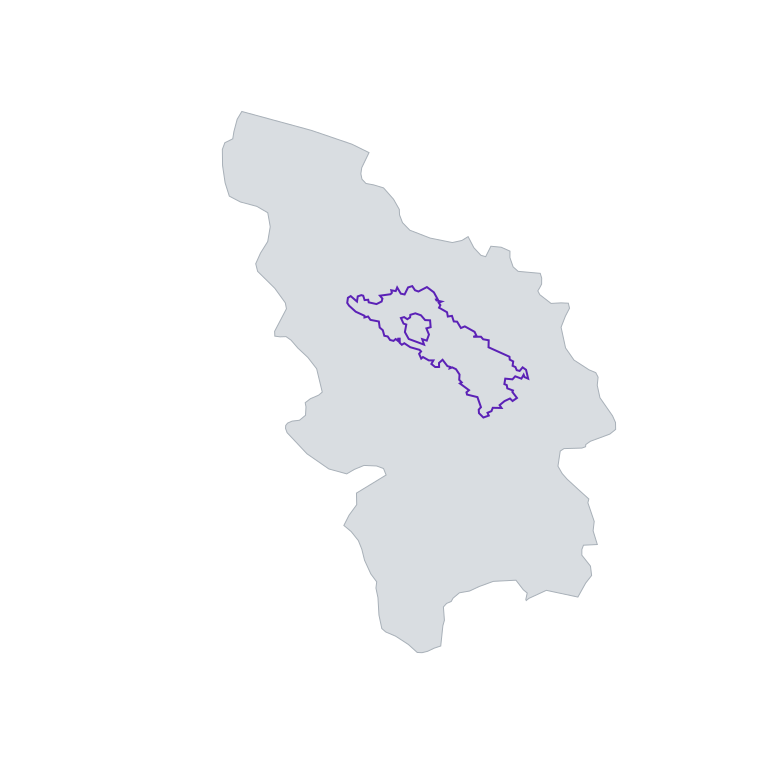 location of Flemish Brabant within Belgium, rotated 41°
{"feature_id": "BEL-3475", "entity_name": "Flemish Brabant", "entity_type": "Province", "adm_level": 1, "iso_a3": "BEL", "parent_name": "Belgium", "parent_adm1": "", "projection": "robinson", "projection_center": [4.536, 50.87], "detail": "medium", "context": "in_parent", "style": "outline", "palette": "violet", "viewbox_px": 768, "rotation_deg": 41, "n_neighbors": 0, "source": "natural_earth", "source_scale": "10m", "svg_char_len": 3982}
<svg xmlns="http://www.w3.org/2000/svg" viewBox="0 0 768 768"><g transform="rotate(41 384 384)"><path d="M350.8,217.6L362.4,222.2L372.7,223.3L377.2,221.2L374.3,209.9L382.7,203.9L391.9,201.1L396.1,206.0L404.6,210.9L411.3,211.0L429.3,198.0L433.5,200.6L437.4,205.2L438.3,208.9L439.0,212.8L443.0,214.4L457.2,213.6L464.4,206.6L470.1,202.1L474.3,205.1L476.4,213.8L480.4,225.0L497.4,237.7L511.7,241.3L529.4,238.8L536.4,236.5L541.1,238.4L545.8,245.1L556.0,252.7L577.4,258.1L584.0,261.2L588.6,266.3L587.3,273.6L577.3,291.9L576.0,297.3L577.3,299.1L575.4,302.5L562.2,314.7L561.0,319.0L565.5,326.1L569.2,331.9L577.2,334.7L584.7,335.7L598.8,336.1L614.0,336.4L615.8,339.9L632.8,349.8L638.1,357.6L650.3,365.2L640.3,374.8L641.9,379.1L645.6,383.4L659.3,386.0L666.3,392.3L666.8,401.9L670.1,417.6L641.9,433.2L634.0,450.7L633.4,454.1L632.4,453.6L629.2,447.8L624.1,447.9L612.3,445.5L596.0,461.2L588.7,474.4L584.4,484.1L577.9,492.1L576.6,500.4L577.4,504.0L575.2,508.5L575.1,513.3L584.6,522.7L587.0,527.8L598.7,544.5L595.1,550.6L592.3,557.1L589.0,561.8L585.2,564.8L573.3,564.6L558.2,566.7L548.0,570.0L542.8,570.0L531.8,561.7L519.6,549.2L511.8,543.3L508.3,538.1L498.7,536.0L485.0,529.8L475.6,523.2L467.4,519.0L456.0,516.9L446.5,517.1L443.7,505.9L442.6,493.0L434.8,484.4L445.3,451.3L439.1,448.1L432.2,450.7L422.3,458.6L417.6,468.0L414.8,476.3L398.1,484.3L371.7,487.2L342.8,484.3L338.8,482.1L337.0,479.7L336.9,476.7L339.0,472.3L344.0,466.8L345.3,459.1L340.1,452.4L336.8,449.8L338.1,443.4L342.0,435.3L342.7,430.6L323.2,416.7L309.1,413.9L295.4,413.4L285.1,411.9L279.0,412.5L274.6,416.6L270.2,419.5L266.9,416.0L261.0,391.2L256.3,387.5L238.7,383.4L214.7,381.9L208.3,377.4L204.9,366.2L202.8,352.8L195.0,340.0L191.0,336.7L183.9,331.0L171.4,333.4L156.3,340.8L147.4,342.9L144.0,343.7L132.1,336.4L118.8,325.0L108.1,313.0L105.6,306.3L109.0,298.2L105.1,291.9L99.5,280.5L97.9,271.6L162.9,240.2L202.4,224.1L220.9,219.2L225.3,235.4L228.6,240.5L233.0,243.9L238.8,244.5L245.6,240.5L255.0,236.3L270.0,238.3L281.0,242.2L284.8,246.2L292.1,250.1L302.6,251.0L323.1,243.6L342.8,232.4L348.6,224.6L350.8,217.6Z" fill="#d9dde1" stroke="#a8b0b8" stroke-width="1"/><path d="M331.7,344.5L327.7,343.5L325.6,346.6L324.5,345.3L315.2,348.0L306.2,347.8L303.0,346.9L300.2,342.6L301.2,339.5L309.5,339.5L306.7,335.1L308.6,331.8L310.4,331.0L314.3,333.4L316.8,330.8L318.9,332.4L325.9,328.6L328.1,323.3L326.8,320.6L323.0,320.0L330.0,312.0L330.1,310.0L328.0,308.5L331.9,306.2L330.6,302.5L337.4,304.8L340.8,302.9L338.8,295.3L341.1,291.6L345.9,292.9L349.3,291.6L352.8,282.7L361.5,282.1L368.8,284.8L367.8,286.1L368.8,286.5L373.4,284.0L372.0,286.8L374.8,287.5L375.5,290.3L384.5,288.5L387.9,291.2L390.6,288.0L395.6,291.0L398.3,289.0L405.3,291.3L407.2,287.5L418.1,285.2L422.1,286.9L420.4,289.8L426.2,284.7L429.5,285.2L434.3,282.3L438.8,287.7L460.8,281.1L462.9,283.1L466.7,282.2L469.1,285.9L472.1,285.0L475.1,286.5L477.8,285.2L477.7,280.5L481.9,280.1L489.3,285.4L485.5,286.6L483.3,285.4L484.2,289.8L478.0,292.1L477.9,296.2L472.0,300.4L474.9,305.1L477.4,304.3L479.9,306.4L485.6,304.3L486.1,305.8L493.5,307.3L492.2,312.5L488.6,312.3L486.2,317.8L485.1,324.1L488.4,325.0L481.7,330.6L482.9,334.0L481.0,337.8L483.8,339.1L481.0,344.1L474.8,343.7L472.3,341.2L472.4,337.9L463.1,332.6L453.6,337.5L451.7,336.2L452.2,332.9L440.9,333.8L441.6,331.8L438.0,331.5L434.8,327.3L428.6,325.6L424.6,326.7L423.3,329.1L422.7,327.7L420.1,328.9L412.3,327.3L411.7,332.0L414.4,335.0L411.5,337.6L406.6,337.8L405.8,333.8L402.3,336.8L395.7,338.1L395.4,340.4L390.7,338.2L390.6,335.1L388.4,334.9L379.7,339.0L372.6,339.9L371.7,342.7L368.9,342.6L366.1,339.5L365.0,340.5L366.5,342.3L363.3,342.4L362.9,345.2L359.7,346.8L355.6,345.7L352.6,347.4L347.8,344.2L343.7,344.2L339.1,340.2L331.7,344.5ZM388.4,328.0L383.4,325.1L387.8,323.2L385.5,317.2L379.5,314.2L381.9,310.5L377.0,305.7L373.1,308.8L366.8,307.9L361.3,310.1L358.5,314.5L360.0,316.6L359.1,319.8L355.3,320.3L353.5,323.1L359.1,325.6L361.8,324.5L365.7,331.1L373.1,333.8L388.4,328.0Z" fill="none" stroke="#5b21b6" stroke-width="2"/></g></svg>